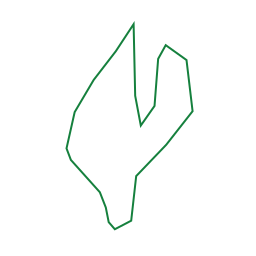 Lumparland, Mercator projection, rotated 19°
{"feature_id": "ALD-4819", "entity_name": "Lumparland", "entity_type": "state/province", "adm_level": 1, "iso_a3": "ALA", "parent_name": "Aland", "parent_adm1": "", "projection": "mercator", "projection_center": [20.249, 60.105], "detail": "fine", "context": "isolated", "style": "outline", "palette": "green", "viewbox_px": 256, "rotation_deg": 19, "n_neighbors": 0, "source": "natural_earth", "source_scale": "10m", "svg_char_len": 401}
<svg xmlns="http://www.w3.org/2000/svg" viewBox="0 0 256 256"><g transform="rotate(19 128 128)"><path d="M161.2,44.7L183.6,91.1L169.6,131.4L151.4,170.8L161.2,214.6L148.5,228.0L140.4,223.3L132.9,210.4L122.3,197.9L84.4,176.8L76.5,167.3L72.4,130.3L79.9,93.7L91.5,59.3L99.5,28.0L124.3,95.2L139.3,121.5L145.9,98.5L134.0,52.8L136.7,37.4L161.2,44.7Z" fill="none" stroke="#15803d" stroke-width="2"/></g></svg>